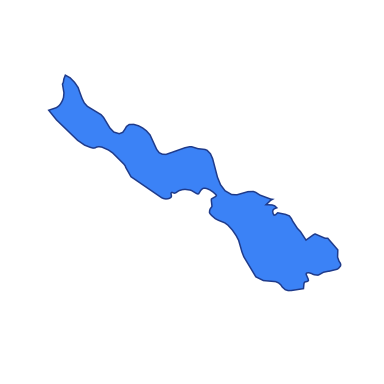 the County of Brodsko-Posavska, rotated 207°
{"feature_id": "HRV-1602", "entity_name": "Brodsko-Posavska", "entity_type": "County", "adm_level": 1, "iso_a3": "HRV", "parent_name": "Croatia", "parent_adm1": "", "projection": "robinson", "projection_center": [17.756, 45.221], "detail": "fine", "context": "isolated", "style": "filled", "palette": "blue", "viewbox_px": 384, "rotation_deg": 207, "n_neighbors": 0, "source": "natural_earth", "source_scale": "10m", "svg_char_len": 2663}
<svg xmlns="http://www.w3.org/2000/svg" viewBox="0 0 384 384"><g transform="rotate(207 192 192)"><path d="M50.0,212.4L35.8,206.6L32.7,200.0L29.6,197.1L27.4,195.8L26.4,194.6L26.1,193.4L26.7,190.8L27.1,189.9L27.7,189.0L33.7,183.8L34.8,183.1L38.4,180.2L41.1,176.2L41.9,175.2L42.5,174.9L45.2,173.9L46.6,173.6L48.5,173.6L51.3,173.1L52.8,172.1L53.2,171.4L53.0,170.6L52.3,169.9L49.1,167.3L48.1,166.0L48.4,165.0L49.2,164.2L50.4,163.3L50.8,162.3L50.7,161.3L48.8,156.5L58.8,149.3L61.6,147.8L64.6,147.3L68.4,148.3L70.8,149.6L73.6,150.3L76.8,150.1L88.2,145.5L96.6,145.4L116.4,157.8L120.2,161.2L128.5,170.1L132.7,173.1L138.7,176.4L145.0,178.8L148.8,179.4L155.7,178.8L159.1,178.8L163.9,180.0L165.9,180.8L167.0,181.5L167.3,182.1L167.8,183.3L167.9,183.8L168.0,184.3L168.1,185.1L168.0,186.0L167.7,187.7L167.7,188.2L168.0,188.8L171.0,193.3L171.5,194.4L171.5,194.7L169.1,198.4L168.6,199.8L169.2,200.4L173.1,201.5L176.9,202.0L180.1,201.8L181.4,201.5L182.5,201.1L183.3,200.6L183.8,200.2L184.1,199.7L184.5,198.8L184.8,197.9L185.0,196.9L185.2,194.4L185.3,193.4L185.9,192.9L187.3,192.7L192.8,193.1L194.5,192.9L199.4,191.2L201.7,189.7L204.2,187.3L205.1,185.8L205.6,184.8L206.0,184.1L206.4,183.7L206.9,183.1L207.4,182.9L209.5,182.6L209.9,182.4L210.1,181.9L210.1,181.3L209.9,180.9L209.0,179.8L208.6,179.2L208.3,178.5L208.3,177.8L208.6,177.1L209.2,176.2L210.1,175.3L211.2,174.5L212.5,173.8L214.2,173.3L216.3,173.1L253.3,177.9L262.2,183.8L262.4,184.0L262.6,184.2L263.3,184.9L265.3,185.9L280.4,190.8L285.6,191.5L292.6,191.1L295.6,190.1L297.4,188.7L298.5,187.2L300.1,186.2L302.9,185.6L309.0,185.0L317.3,186.1L345.4,194.7L356.8,199.8L351.2,205.5L350.3,207.1L349.6,208.7L349.2,210.4L349.0,212.7L349.0,215.0L349.4,217.9L351.1,222.2L356.3,229.2L356.4,229.3L356.4,231.2L357.5,234.6L357.9,238.6L352.4,238.4L346.5,236.4L344.4,235.3L340.8,233.3L337.6,230.2L332.4,225.4L328.5,222.5L324.1,220.8L308.1,219.6L304.7,218.3L294.3,211.8L288.9,209.9L283.3,210.9L280.8,213.7L280.3,217.1L280.1,220.7L278.6,223.6L274.6,225.8L269.8,226.7L267.5,226.7L264.8,226.6L260.4,225.8L255.3,223.8L242.8,213.9L239.1,212.1L235.6,212.2L232.2,213.7L218.4,228.2L214.6,231.3L212.7,232.2L206.4,233.3L199.7,235.8L197.5,236.0L192.9,234.4L188.8,231.1L181.5,222.9L176.0,216.7L169.9,211.4L163.1,208.1L155.6,207.7L150.7,209.9L142.3,217.7L137.6,220.3L135.1,220.6L130.1,220.1L118.7,221.4L117.0,222.0L118.2,220.2L120.3,214.3L114.8,216.8L112.1,217.2L109.3,216.4L110.9,214.6L111.6,213.1L111.4,211.5L110.0,209.6L108.3,208.6L107.2,209.7L106.6,211.4L106.2,212.4L98.6,214.5L94.4,214.9L91.3,213.4L89.2,211.8L81.7,207.5L77.5,206.0L68.6,200.9L64.3,209.2L63.3,210.5L52.5,211.2L50.0,212.4Z" fill="#3b82f6" stroke="#1e3a8a" stroke-width="1.5"/></g></svg>